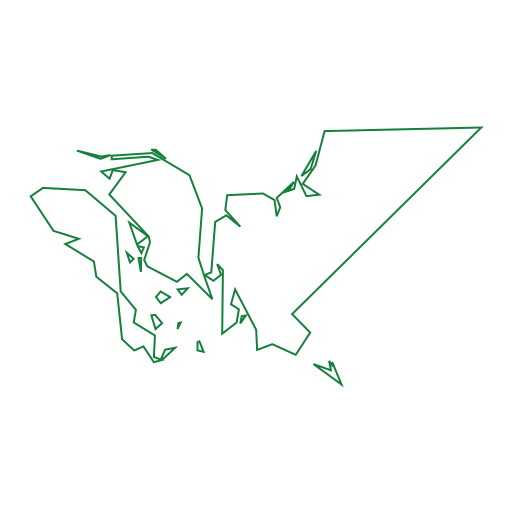 the district of West New Georgia-Vonavona, Western, Solomon Islands
{"feature_id": "97153195B60589272182469", "entity_name": "West New Georgia-Vonavona", "entity_type": "district", "adm_level": 2, "iso_a3": "SLB", "parent_name": "Solomon Islands", "parent_adm1": "Western", "projection": "natural_earth1", "projection_center": [157.168, -8.247], "detail": "medium", "context": "isolated", "style": "outline", "palette": "green", "viewbox_px": 512, "rotation_deg": 0, "n_neighbors": 0, "source": "geoboundaries", "source_scale": "gbopen_adm2", "svg_char_len": 1935}
<svg xmlns="http://www.w3.org/2000/svg" viewBox="0 0 512 512"><path d="M481.3,127.5L324.6,131.1L315.5,165.6L302.7,183.9L319.2,194.7L306.4,196.1L296.8,176.4L294.2,188.9L282.6,192.8L290.1,188.2L293.9,181.9L276.8,197.9L280.2,207.3L276.7,216.3L274.6,200.1L263.0,193.5L227.2,195.2L225.3,210.0L240.3,226.7L226.4,215.3L215.2,221.9L211.3,272.3L204.8,275.0L213.4,280.8L221.0,274.8L217.2,264.1L222.9,270.1L222.2,333.7L236.6,322.5L238.9,309.3L231.0,304.3L235.1,289.4L256.2,329.8L257.1,349.9L272.3,344.2L295.7,354.8L310.2,332.6L292.1,314.1L481.3,127.5ZM212.4,299.2L204.3,276.2L198.4,257.7L202.1,208.5L189.5,175.2L152.1,153.0L111.8,155.7L111.7,159.3L148.4,156.7L157.8,159.9L101.2,171.5L109.6,178.7L112.8,170.1L125.6,172.2L109.3,194.5L148.8,236.6L150.0,242.3L144.2,260.0L147.3,266.3L176.9,281.8L186.9,273.9L212.4,299.2ZM161.8,360.0L153.9,357.0L154.9,335.5L133.7,322.4L135.9,309.9L120.7,291.4L115.6,215.8L85.3,190.2L43.0,187.9L30.7,196.3L53.5,230.9L78.8,238.8L65.3,244.0L93.9,261.5L96.3,276.7L117.2,293.3L122.1,339.2L134.2,350.5L143.4,346.4L153.9,362.2L161.8,360.0ZM341.5,384.5L332.2,362.1L333.2,366.7L329.1,360.9L330.9,370.3L313.5,364.1L341.5,384.5ZM137.0,244.5L147.9,236.2L129.3,222.6L137.0,244.5ZM162.1,323.2L155.2,314.9L151.4,315.3L155.5,329.1L162.1,323.2ZM170.1,297.1L160.6,291.5L156.0,297.0L160.7,303.2L170.1,297.1ZM110.6,155.1L101.3,156.6L76.9,150.6L100.5,158.8L110.6,155.1ZM133.6,258.8L126.8,252.8L130.0,262.4L133.6,258.8ZM181.7,294.8L187.8,288.3L177.7,289.4L181.7,294.8ZM240.4,323.4L245.8,315.5L241.7,316.2L240.4,323.4ZM175.1,347.8L165.1,349.7L161.5,358.0L163.6,358.5L175.1,347.8ZM310.6,169.1L316.2,150.9L301.4,176.1L310.6,169.1ZM165.9,158.7L155.9,149.9L151.3,149.6L165.9,158.7ZM140.9,271.9L141.2,258.0L138.5,258.1L140.9,271.9ZM177.5,329.0L180.7,322.6L178.4,323.1L177.5,329.0ZM141.4,253.1L143.8,247.4L137.7,246.0L141.4,253.1ZM203.6,351.8L199.4,341.3L197.5,342.2L197.5,350.4L203.6,351.8Z" fill="none" stroke="#15803d" stroke-width="2"/></svg>